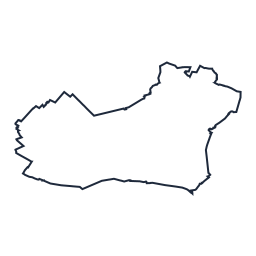 outline of Oost Gelre, Gelderland, Netherlands
{"feature_id": "6326949B14746405768103", "entity_name": "Oost Gelre", "entity_type": "district", "adm_level": 2, "iso_a3": "NLD", "parent_name": "Netherlands", "parent_adm1": "Gelderland", "projection": "equal_earth", "projection_center": [6.593, 52.015], "detail": "fine", "context": "isolated", "style": "outline", "palette": "slate", "viewbox_px": 256, "rotation_deg": 0, "n_neighbors": 0, "source": "geoboundaries", "source_scale": "gbopen_adm2", "svg_char_len": 4864}
<svg xmlns="http://www.w3.org/2000/svg" viewBox="0 0 256 256"><path d="M192.4,193.5L192.4,193.0L192.3,192.7L192.2,192.0L192.2,191.7L191.9,191.3L191.7,191.2L191.3,190.8L191.1,190.5L195.1,189.9L195.5,189.7L195.8,189.5L196.3,189.0L197.5,187.4L197.7,187.1L197.9,186.8L199.1,185.4L199.3,185.0L199.5,184.5L199.5,184.2L199.8,183.7L200.7,183.8L201.1,183.8L201.7,183.3L201.8,183.4L202.3,183.0L202.2,182.8L202.3,182.8L203.9,181.4L204.9,180.5L205.5,180.1L207.7,178.2L207.8,178.3L208.9,177.4L207.7,176.4L208.0,176.3L208.4,176.2L208.6,176.1L209.1,175.7L209.5,175.4L210.2,174.8L209.3,173.7L209.2,173.7L208.5,172.7L208.4,172.7L206.7,156.9L206.3,153.5L205.9,150.0L206.2,148.8L206.7,146.5L207.3,144.5L208.5,141.1L209.3,138.9L209.6,138.0L210.6,135.3L211.2,133.9L210.6,133.6L211.3,133.1L211.5,132.8L211.6,132.7L210.9,132.4L210.5,132.2L210.4,132.0L210.1,131.6L209.7,131.5L209.5,131.0L209.3,130.8L209.3,130.5L209.2,130.2L208.7,130.1L208.7,129.8L208.8,129.5L209.2,129.4L209.7,129.3L209.9,129.0L209.8,128.7L210.0,128.6L210.8,128.8L211.3,129.2L211.6,129.3L213.3,128.4L213.7,128.2L213.7,127.9L213.6,127.7L214.3,127.6L214.9,127.6L215.2,127.1L215.5,126.8L215.5,126.7L215.4,126.4L215.2,126.3L215.0,126.2L215.3,125.5L215.7,125.1L215.8,125.0L219.4,122.7L225.0,118.5L226.9,116.2L228.8,114.2L228.3,114.0L228.5,113.6L228.8,113.4L229.0,113.0L229.9,112.4L230.6,111.7L230.8,111.6L231.0,111.5L231.4,111.5L231.5,111.4L231.9,111.4L232.2,111.4L232.4,111.4L233.0,111.7L233.5,112.2L236.3,112.0L236.7,110.6L236.9,109.9L237.6,107.5L237.7,107.2L238.9,103.0L239.5,100.9L239.6,100.5L239.7,100.4L240.5,97.5L240.6,91.9L236.8,91.3L231.5,88.3L229.8,87.6L227.6,86.7L227.0,86.5L225.6,86.3L224.3,85.9L224.0,85.8L223.2,85.7L222.9,85.5L223.0,85.4L219.7,84.5L219.4,84.7L218.7,84.7L218.6,84.8L215.7,83.4L215.4,83.2L215.5,83.2L214.9,82.9L214.9,82.5L214.8,82.3L214.9,82.1L216.4,80.0L216.9,79.6L217.0,79.4L217.0,78.2L216.9,77.0L216.9,76.2L216.8,76.3L216.9,75.6L216.8,75.4L216.1,73.6L215.4,73.0L214.6,72.6L213.6,71.0L213.0,70.6L212.4,69.3L212.3,69.2L212.2,69.0L212.1,68.8L212.1,68.7L209.2,68.7L207.5,68.4L205.7,68.0L205.3,68.0L204.7,68.1L204.4,68.1L203.8,67.8L200.1,65.8L198.7,68.4L198.3,69.1L196.6,72.3L192.2,71.8L189.9,76.7L189.6,76.2L187.6,75.5L187.5,75.3L185.0,72.7L185.5,72.4L185.4,72.4L185.0,71.9L185.3,71.5L185.6,71.3L185.7,71.2L188.8,71.5L190.4,67.2L184.5,67.1L182.7,67.3L182.3,67.2L182.2,67.2L181.9,67.4L177.9,68.0L177.6,68.1L177.4,68.0L177.1,67.9L175.3,65.8L175.1,65.6L169.5,63.7L169.2,63.6L166.9,62.5L160.0,66.2L160.2,68.3L160.2,68.5L160.2,68.8L160.3,69.6L160.4,71.8L160.4,72.1L160.3,72.5L160.0,73.3L158.5,77.5L158.4,77.7L158.3,78.1L158.4,78.4L159.1,81.1L159.4,82.6L159.5,82.7L159.2,82.8L157.5,83.8L157.1,84.6L156.6,84.8L155.5,84.6L155.3,84.9L155.2,85.0L153.3,85.7L152.8,85.9L151.8,87.3L151.5,87.6L151.2,87.9L150.8,88.2L150.7,88.3L150.5,88.7L150.2,89.4L150.2,89.6L150.6,92.3L150.2,92.3L149.8,92.9L149.7,93.0L150.0,93.2L150.3,93.8L149.7,94.1L148.9,94.4L144.9,95.4L145.1,95.7L144.8,95.8L144.7,96.0L144.3,96.3L144.5,96.4L144.7,96.5L144.6,97.0L144.5,97.3L144.5,97.8L144.4,98.0L144.2,98.1L144.2,98.5L143.0,98.8L141.1,99.8L135.5,103.2L128.7,107.3L126.0,108.0L126.0,108.5L126.2,109.2L124.8,109.5L124.5,109.5L124.2,109.3L123.9,108.8L123.8,108.5L107.3,112.5L94.0,115.7L93.3,115.0L89.2,111.0L86.6,108.4L84.7,106.4L83.4,105.1L83.2,105.0L79.0,100.7L78.9,100.7L78.7,100.5L72.6,94.3L70.2,96.7L64.2,92.0L55.2,102.5L50.0,100.0L48.5,102.4L47.3,101.8L46.4,102.8L46.8,103.3L45.5,104.6L45.7,104.9L43.7,106.9L42.5,104.8L39.2,108.1L36.0,106.1L33.4,108.4L33.2,108.3L31.8,109.7L24.0,118.3L23.9,118.4L21.1,121.4L19.3,120.5L19.4,120.2L18.3,120.0L17.2,121.4L15.5,123.3L15.5,123.5L15.4,123.7L15.5,124.1L15.7,124.3L15.9,124.4L17.4,125.2L17.2,125.3L17.4,125.5L18.2,126.0L16.8,127.3L17.7,127.8L16.5,128.9L18.8,130.4L18.0,130.6L18.0,130.8L18.0,132.0L19.1,133.6L19.8,135.3L21.7,137.4L17.3,138.9L16.4,139.3L16.9,140.2L17.3,140.6L23.5,146.0L15.4,149.7L15.4,149.8L16.2,151.4L16.2,152.8L16.2,153.0L21.5,156.0L28.2,159.7L30.6,161.1L30.9,161.3L31.4,161.7L31.7,161.7L28.1,167.4L27.6,167.1L24.8,170.3L24.5,170.9L23.9,172.0L23.0,173.5L23.6,173.8L25.1,174.9L29.1,176.7L29.4,176.8L31.2,177.1L32.0,177.2L32.5,177.4L33.0,177.6L34.6,178.4L36.0,178.9L37.3,179.4L38.7,179.6L39.3,178.9L42.9,180.3L42.8,180.5L43.9,180.4L43.9,180.7L50.4,183.5L60.7,185.2L61.4,185.3L70.8,186.1L72.8,186.3L79.8,186.9L81.8,188.6L82.4,189.1L101.8,180.8L106.6,180.0L109.5,179.5L109.8,179.5L113.8,178.8L114.0,178.8L120.3,180.5L120.6,180.5L124.2,181.5L129.0,180.2L129.5,180.2L130.3,180.3L130.9,180.5L131.3,180.8L131.1,181.0L139.7,181.3L143.6,182.1L144.9,181.9L146.0,181.5L146.4,181.8L146.7,183.2L149.9,183.1L150.7,183.0L150.8,182.9L151.6,182.9L152.5,182.8L154.1,183.1L165.0,185.1L171.7,186.0L176.0,186.6L182.3,187.6L185.9,188.9L187.5,189.6L190.1,191.8L190.4,192.1L190.7,192.2L190.6,192.3L191.2,192.8L191.5,193.0L192.3,193.4L192.4,193.5Z" fill="none" stroke="#1e293b" stroke-width="2"/></svg>